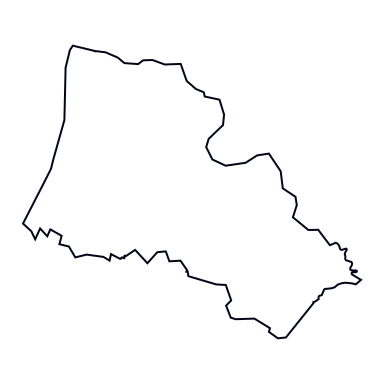 outline of Halifax, North Carolina, United States of America
{"feature_id": "52423323B7774526001257", "entity_name": "Halifax", "entity_type": "district", "adm_level": 2, "iso_a3": "USA", "parent_name": "United States of America", "parent_adm1": "North Carolina", "projection": "equal_earth", "projection_center": [-77.531, 36.258], "detail": "fine", "context": "isolated", "style": "outline", "palette": "ink", "viewbox_px": 384, "rotation_deg": 0, "n_neighbors": 0, "source": "geoboundaries", "source_scale": "gbopen_adm2", "svg_char_len": 2131}
<svg xmlns="http://www.w3.org/2000/svg" viewBox="0 0 384 384"><path d="M23.0,223.6L31.3,231.2L35.2,239.3L40.1,228.5L47.3,236.3L50.3,229.4L61.6,235.8L59.4,244.2L68.9,246.5L75.3,257.4L86.6,254.6L103.4,256.9L109.6,260.6L111.0,254.1L120.2,258.9L120.7,258.8L121.0,258.3L121.2,258.1L121.4,257.8L121.8,257.6L122.1,257.4L122.3,257.4L123.5,258.2L124.2,258.2L124.2,256.9L124.3,256.3L124.7,255.7L125.0,255.6L125.8,256.2L135.1,249.9L147.4,263.2L157.3,252.2L165.8,251.4L169.4,261.3L180.5,260.7L187.1,270.2L187.1,270.7L187.1,270.9L186.7,271.0L186.3,271.5L186.3,271.8L186.8,271.8L187.2,271.7L187.3,271.6L187.5,271.3L187.7,271.5L188.4,276.2L216.2,284.4L225.8,285.0L231.2,300.4L226.1,305.6L230.8,317.7L235.8,319.2L254.4,318.6L270.0,328.2L268.9,331.9L277.9,338.3L285.9,337.5L313.5,303.1L313.3,302.2L314.6,301.8L318.6,299.2L318.5,297.5L318.5,297.3L319.1,296.0L321.9,295.0L323.9,289.9L324.8,289.0L331.3,288.3L334.6,287.3L337.6,284.7L341.4,283.3L345.1,282.7L352.1,283.4L355.8,284.3L361.0,279.9L352.6,274.8L351.9,274.3L351.6,273.7L351.7,272.9L352.0,272.5L353.5,272.2L354.4,272.1L355.3,272.2L356.1,272.1L356.6,271.9L356.9,271.3L356.7,270.8L356.2,270.5L355.4,270.4L354.5,270.5L352.7,270.4L351.1,270.2L350.3,269.6L350.2,268.7L350.3,268.0L350.6,267.3L351.5,265.8L351.9,264.8L352.1,263.9L352.0,262.8L351.4,262.0L346.0,260.2L345.6,259.8L345.3,259.1L345.2,258.2L345.4,256.7L345.3,256.0L344.9,254.7L344.8,254.0L344.9,253.4L345.4,252.2L346.2,250.8L346.7,249.8L346.7,249.2L346.5,248.8L346.0,248.6L341.8,249.9L341.4,249.9L340.5,249.4L340.0,248.8L339.3,246.2L338.2,244.3L337.2,243.4L335.7,242.8L334.3,243.4L329.9,245.2L318.2,229.8L308.4,230.0L292.9,217.3L296.8,205.2L295.5,196.8L282.8,188.4L280.7,171.3L268.9,153.6L257.1,155.4L245.6,162.8L225.6,165.7L212.4,159.5L206.2,147.1L208.7,138.8L223.0,125.1L224.1,114.7L219.5,99.7L204.7,96.5L203.8,92.3L195.9,89.0L186.7,81.0L180.7,63.9L164.8,64.5L152.4,60.0L143.2,60.3L138.1,64.1L124.4,63.1L117.8,57.6L105.5,52.3L95.6,51.1L95.4,51.2L95.2,51.2L95.1,51.3L94.8,51.1L94.5,50.9L72.8,45.7L69.9,50.1L65.6,67.6L64.4,120.1L53.2,159.8L51.1,168.4L50.0,170.8L42.8,185.0L23.0,223.6Z" fill="none" stroke="#020617" stroke-width="2"/></svg>